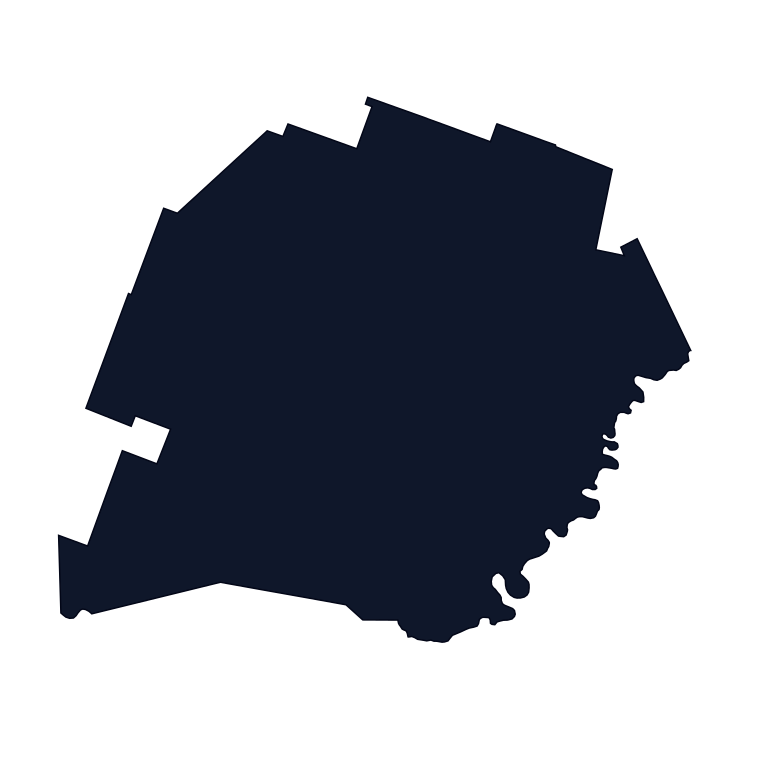 San Martín, Santiago del Estero, Argentina, rotated 279°
{"feature_id": "61730980B99739045741141", "entity_name": "San Martín", "entity_type": "district", "adm_level": 2, "iso_a3": "ARG", "parent_name": "Argentina", "parent_adm1": "Santiago del Estero", "projection": "orthographic", "projection_center": [-63.906, -28.198], "detail": "fine", "context": "isolated", "style": "filled", "palette": "ink", "viewbox_px": 768, "rotation_deg": 279, "n_neighbors": 0, "source": "geoboundaries", "source_scale": "gbopen_adm2", "svg_char_len": 4356}
<svg xmlns="http://www.w3.org/2000/svg" viewBox="0 0 768 768"><g transform="rotate(279 384 384)"><path d="M652.9,384.9L653.0,384.8L664.6,323.1L657.5,321.9L656.1,328.8L612.1,320.3L625.8,248.5L612.7,245.4L615.8,229.0L613.3,227.1L590.2,208.7L568.3,191.3L538.2,167.4L532.7,163.0L524.0,156.1L520.3,153.2L520.7,151.5L520.8,150.7L522.1,144.2L523.1,138.9L432.7,120.4L433.4,117.5L363.6,103.5L360.1,102.8L317.4,94.2L313.4,93.4L302.7,140.9L313.7,143.3L306.0,180.3L269.6,172.2L277.2,136.0L258.2,132.3L234.9,127.7L177.6,116.6L183.6,86.3L107.3,100.7L105.6,103.4L104.0,106.3L103.4,110.1L104.3,113.9L107.0,116.1L110.0,117.5L113.4,119.6L114.6,121.6L114.6,124.4L113.4,128.0L112.4,129.7L111.3,131.3L162.6,253.4L161.7,297.2L160.9,339.2L160.0,381.0L147.7,399.9L153.0,434.6L149.9,435.8L148.5,436.8L147.4,438.0L145.8,439.4L144.8,440.3L144.1,442.4L143.9,443.6L143.2,444.9L142.0,445.6L141.2,446.1L138.0,447.3L138.0,448.0L139.0,451.0L138.3,454.1L137.1,457.1L137.1,459.7L137.1,463.2L137.0,466.4L138.4,470.3L137.8,473.6L138.2,476.4L138.1,481.7L138.7,484.1L140.3,487.4L142.9,488.8L146.5,490.9L151.1,498.4L154.5,503.4L156.3,506.4L157.9,510.7L159.5,513.8L162.1,514.8L166.4,515.0L168.6,517.1L169.2,518.9L169.7,524.2L167.7,525.8L164.3,526.6L163.5,528.2L163.6,531.1L166.7,532.9L168.0,535.6L169.4,539.0L170.2,543.1L172.0,547.2L174.8,549.2L177.2,549.6L180.7,548.3L182.3,546.2L183.2,542.6L184.0,539.1L184.4,537.5L185.6,535.3L188.5,533.7L191.5,533.1L193.7,531.5L195.8,528.9L198.6,526.0L199.9,523.8L202.1,521.8L205.8,520.8L210.4,521.0L214.4,524.1L215.6,527.0L213.2,531.2L209.7,534.4L204.2,535.6L201.0,536.8L197.7,539.0L195.3,541.9L193.6,545.9L193.4,548.8L194.0,552.2L195.6,555.9L198.0,558.3L201.0,559.4L205.3,559.2L208.7,558.6L210.9,557.6L213.4,554.6L215.8,551.4L217.5,548.5L220.1,547.5L222.5,549.4L225.5,549.6L228.4,550.8L232.0,553.1L233.8,555.2L235.2,558.0L236.8,561.1L238.2,563.9L240.6,566.8L243.0,569.2L244.6,570.7L247.2,571.3L249.2,572.1L252.3,572.2L253.5,572.0L255.3,570.4L257.1,567.9L260.8,565.7L263.6,565.7L266.4,567.6L267.4,569.2L267.2,571.9L265.4,573.9L263.1,577.1L261.1,580.1L261.1,582.2L261.3,585.4L263.3,587.5L267.1,588.1L268.7,588.1L270.9,587.1L273.8,587.0L275.4,587.4L276.6,588.4L278.0,590.0L279.4,592.5L281.2,594.1L282.8,595.8L283.6,598.0L284.0,600.8L283.8,603.1L283.5,605.9L283.5,608.8L284.7,612.0L286.5,613.5L288.9,614.1L291.8,614.7L293.6,616.0L295.6,616.0L298.0,615.4L300.5,614.4L302.1,613.2L302.7,610.5L302.7,608.3L303.0,605.3L303.6,602.2L304.8,599.2L305.6,597.1L307.5,595.7L309.9,596.0L311.3,597.2L312.5,598.8L313.3,601.5L313.1,603.9L312.4,606.3L312.8,609.0L314.2,610.4L315.9,610.0L317.1,609.0L317.5,607.2L319.7,606.8L321.7,607.0L323.8,608.1L326.0,608.7L329.8,609.1L332.2,609.9L333.4,611.2L335.4,612.6L336.2,615.3L336.4,617.1L336.4,621.6L336.2,624.2L336.3,626.2L337.3,627.9L339.4,628.1L341.2,627.9L343.0,627.1L344.6,625.7L345.5,623.7L347.3,620.4L347.9,618.2L348.2,615.8L348.4,612.9L348.8,610.7L351.4,610.1L353.9,610.1L356.1,610.9L357.7,612.6L357.1,614.6L355.6,615.8L354.4,617.4L354.4,619.5L355.2,622.5L356.2,623.9L358.2,625.0L360.0,624.6L361.6,623.8L362.3,622.0L362.9,620.5L362.5,618.3L362.5,616.1L362.7,613.2L363.4,610.4L363.8,609.2L364.8,608.2L366.4,607.4L368.6,607.8L369.2,608.8L369.2,610.6L368.0,612.5L366.6,613.9L366.1,616.5L367.1,618.7L369.1,620.0L370.8,620.0L373.0,619.4L375.4,618.8L376.8,617.8L379.3,617.8L381.9,617.8L383.7,618.7L386.1,618.9L388.6,618.7L391.2,619.7L393.0,621.8L393.6,625.7L393.1,627.7L392.8,629.7L394.0,632.0L396.7,632.2L397.9,630.2L399.8,629.0L402.2,629.8L404.5,631.0L406.5,632.3L407.1,634.3L406.4,638.2L406.0,640.9L407.2,643.2L411.5,642.6L416.6,641.0L418.5,638.7L420.1,636.7L421.6,633.8L423.2,631.6L424.6,630.8L427.1,630.0L429.1,630.0L431.4,631.3L432.4,633.5L431.9,637.4L431.3,641.7L431.3,646.4L430.4,649.9L430.4,653.2L432.2,656.3L433.6,657.9L437.3,660.2L440.5,661.7L441.9,663.1L443.1,667.8L443.1,670.5L444.7,672.8L446.5,674.4L449.0,675.3L451.2,676.9L453.0,679.6L454.7,681.4L458.9,680.0L461.4,679.2L463.6,679.7L464.9,680.9L465.1,681.7L519.8,644.0L535.0,633.4L538.4,631.1L567.1,611.3L556.2,596.5L548.3,601.3L549.7,572.2L630.6,575.8L631.6,575.9L632.7,571.2L638.3,546.5L645.2,516.6L647.0,515.9L647.0,515.4L649.0,504.6L651.2,493.4L658.5,455.6L658.5,455.3L658.6,455.0L658.6,454.9L658.0,454.7L656.9,454.4L653.4,453.8L642.4,451.7L639.9,451.2L643.8,431.2L647.0,415.1L648.9,405.6L652.9,384.9Z" fill="#0f172a" stroke="#020617" stroke-width="1.5"/></g></svg>